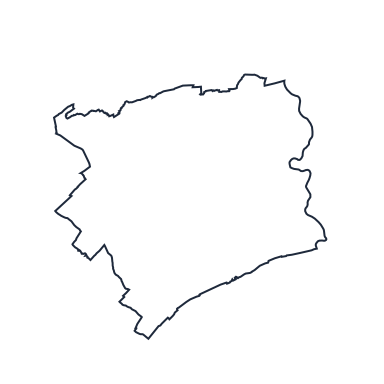 outline of Maciuca, Vâlcea, Romania, rotated 160°
{"feature_id": "2599482B93962739610645", "entity_name": "Maciuca", "entity_type": "district", "adm_level": 2, "iso_a3": "ROU", "parent_name": "Romania", "parent_adm1": "Vâlcea", "projection": "orthographic", "projection_center": [24.058, 44.753], "detail": "fine", "context": "isolated", "style": "outline", "palette": "slate", "viewbox_px": 384, "rotation_deg": 160, "n_neighbors": 0, "source": "geoboundaries", "source_scale": "gbopen_adm2", "svg_char_len": 5957}
<svg xmlns="http://www.w3.org/2000/svg" viewBox="0 0 384 384"><g transform="rotate(160 192 192)"><path d="M273.5,314.9L275.1,315.0L277.5,314.5L279.2,314.5L284.0,312.8L287.3,311.2L290.5,310.8L291.6,310.1L292.9,310.0L296.2,309.1L297.5,299.8L298.0,299.7L298.4,296.8L298.7,295.2L299.2,294.4L298.9,293.8L299.1,293.4L299.6,293.2L296.4,290.2L286.7,275.7L281.6,270.9L280.4,269.3L280.1,268.2L278.8,254.9L278.8,253.3L279.2,250.7L285.8,248.7L290.1,247.8L289.6,247.5L289.2,246.8L288.5,245.3L288.6,244.9L288.2,244.4L288.3,242.1L287.9,241.7L287.9,241.2L287.6,240.4L294.7,237.5L296.5,236.5L297.6,236.1L297.6,235.7L299.8,234.7L300.6,234.6L301.6,234.2L307.9,230.7L307.4,230.0L306.7,229.4L327.0,220.9L326.5,219.5L325.2,217.2L323.7,215.3L323.1,214.4L320.4,211.6L319.4,210.8L317.9,210.0L317.2,208.7L315.3,205.7L314.0,201.2L312.7,198.6L310.4,195.3L310.3,194.0L309.9,193.0L316.5,187.9L317.2,186.9L317.6,186.5L319.7,185.5L322.2,183.8L322.1,182.9L321.0,180.5L320.5,179.6L319.8,178.9L318.4,176.7L318.9,176.3L319.0,175.7L318.7,175.6L318.2,176.1L317.9,176.1L317.6,175.7L317.9,175.5L317.9,175.2L317.1,174.8L316.7,172.6L316.8,171.9L316.6,171.6L316.3,171.8L315.9,171.7L315.2,171.0L314.9,170.9L314.1,171.1L313.4,170.9L313.1,170.4L312.8,169.5L314.0,168.6L313.3,168.5L312.7,167.8L312.3,166.9L312.8,166.2L311.7,165.0L310.7,162.8L305.5,165.6L304.4,165.9L302.7,167.0L299.0,168.4L292.5,172.2L292.3,171.0L291.7,163.3L289.9,160.3L289.6,159.5L289.6,158.8L289.7,157.5L290.7,153.7L290.8,152.7L291.7,150.0L292.0,147.7L292.4,146.9L292.3,145.0L292.5,143.7L292.5,142.2L291.9,140.4L290.2,138.4L289.7,137.0L288.4,134.4L288.6,132.2L288.4,131.3L288.3,128.2L287.7,124.5L287.2,123.7L285.4,122.7L284.5,121.7L288.5,119.6L292.3,118.0L291.6,116.5L297.7,113.7L297.2,112.6L296.2,111.0L296.0,110.1L295.6,109.6L294.8,108.9L293.0,107.9L292.4,106.9L291.2,105.6L289.3,104.2L288.6,102.4L285.8,99.4L284.2,95.2L282.0,91.9L282.0,91.6L282.7,91.0L288.4,86.8L291.4,83.6L291.6,83.4L291.4,83.3L290.9,83.2L291.0,82.7L292.2,82.1L293.4,81.2L292.5,79.4L289.9,76.7L289.0,76.0L287.2,75.3L286.6,74.8L283.2,69.0L269.3,77.4L267.4,77.4L265.5,78.6L257.7,82.2L257.2,81.5L256.8,80.1L252.5,82.1L250.6,83.2L249.9,84.1L249.1,84.7L246.0,85.8L246.2,87.0L246.1,87.3L245.1,87.8L243.9,87.9L235.0,90.6L230.3,91.7L223.5,92.1L220.7,91.9L220.1,92.2L220.1,93.0L219.5,93.2L196.9,95.2L190.5,95.1L190.3,94.9L190.4,93.9L188.8,93.9L187.2,94.1L186.7,94.7L185.4,94.7L184.0,96.1L183.6,94.7L180.9,95.0L181.2,96.7L180.1,97.2L179.8,96.6L179.4,97.1L179.1,96.9L178.9,96.5L178.6,95.5L178.4,95.3L176.9,95.8L175.4,95.7L171.1,96.8L169.4,97.0L165.2,96.1L163.4,96.3L163.2,96.6L159.9,97.2L153.5,99.5L147.7,99.9L144.6,99.6L143.6,101.1L136.8,101.4L129.9,101.0L129.9,100.4L125.5,99.6L124.7,100.0L119.7,98.9L110.9,97.7L99.5,96.3L96.9,96.5L94.1,96.1L94.0,99.2L93.8,100.0L93.4,100.7L92.8,101.3L91.0,102.4L90.3,102.7L88.8,102.7L86.3,101.9L84.6,101.0L83.7,100.8L82.4,101.1L81.9,101.7L81.8,102.6L82.4,104.4L82.4,105.5L81.3,110.2L81.1,111.5L81.2,112.6L82.1,117.1L83.3,120.3L85.7,125.0L87.8,127.8L90.9,130.7L91.9,132.4L92.2,135.2L91.7,136.7L91.0,137.7L88.8,139.1L88.3,139.6L87.5,140.9L87.0,142.6L86.0,144.1L82.5,146.7L81.6,149.3L81.7,150.1L83.1,157.3L82.9,158.5L80.4,161.3L78.3,163.2L76.8,164.9L75.2,167.1L74.2,169.1L74.3,171.3L74.8,172.4L75.5,173.1L76.2,173.4L77.9,173.7L78.8,173.6L80.8,173.7L82.4,174.4L84.0,176.6L88.2,178.8L90.0,180.3L91.1,181.5L91.0,182.7L90.7,185.0L90.4,186.1L90.0,186.8L88.0,188.2L86.4,188.8L85.0,188.8L83.8,188.4L81.9,186.9L81.4,186.0L80.2,185.4L79.5,185.4L77.8,186.2L75.8,188.0L74.3,191.3L73.0,193.1L71.6,194.2L70.0,194.5L65.9,196.7L65.4,197.7L65.0,198.8L63.2,200.9L60.9,202.3L60.1,203.0L59.3,204.4L58.2,207.3L57.0,212.0L57.2,215.6L58.6,221.1L59.1,221.9L60.7,223.4L61.5,224.4L62.1,225.4L63.2,228.2L63.6,231.5L62.9,233.7L59.6,239.8L59.2,240.7L58.9,243.4L59.1,244.3L59.9,245.8L62.0,247.2L64.6,249.6L65.5,251.0L67.7,255.8L68.3,259.1L68.2,262.1L67.6,264.1L67.1,265.0L77.0,265.8L87.4,267.0L86.7,269.5L83.7,273.5L84.9,273.7L85.6,274.6L86.7,274.7L86.9,275.3L87.4,275.6L88.7,275.9L90.8,278.9L93.2,280.9L94.5,281.2L101.9,284.2L102.9,284.2L104.1,283.1L106.1,282.2L106.9,281.0L107.9,280.7L110.9,278.9L111.9,277.7L113.1,276.9L114.0,275.2L114.3,274.4L116.0,274.3L118.2,274.7L122.0,276.0L122.0,274.5L122.2,274.2L122.6,274.0L124.3,274.6L125.0,274.6L128.6,276.0L129.2,276.1L129.9,275.9L132.2,276.8L131.7,278.4L133.4,278.8L133.6,279.4L135.5,279.5L136.3,279.4L136.7,279.9L137.0,280.1L138.0,279.7L138.2,280.0L138.0,280.3L138.5,281.0L138.8,281.1L144.5,282.2L144.8,281.8L146.3,281.8L146.9,280.6L147.5,280.6L148.1,279.9L150.8,280.6L151.0,281.0L149.9,281.4L149.4,282.0L147.6,287.9L150.1,288.5L155.5,290.2L154.2,291.8L157.2,292.9L164.2,295.1L172.9,295.1L173.8,294.7L184.0,296.3L184.8,296.3L188.1,295.8L188.9,296.1L190.0,295.7L191.7,295.6L192.3,295.3L192.6,294.9L193.5,294.5L195.4,294.1L196.4,294.3L197.0,294.1L196.7,295.0L197.7,295.5L198.7,296.6L200.2,296.4L201.4,296.7L201.5,296.6L201.4,296.2L201.7,296.0L202.7,296.3L203.9,296.2L208.3,296.3L209.2,296.1L209.9,296.5L212.2,297.0L213.7,296.8L217.8,296.8L218.8,297.3L220.7,297.7L221.1,298.4L222.3,299.6L223.9,299.4L225.7,297.3L226.7,297.1L226.9,296.4L229.8,295.2L229.7,294.8L230.6,294.5L231.2,293.3L232.4,293.1L232.2,292.8L232.4,292.4L233.6,291.7L233.0,291.4L233.1,291.0L233.5,290.5L239.7,289.1L239.8,290.5L239.5,291.7L243.2,291.4L243.9,291.5L243.8,292.2L244.2,293.1L244.2,293.6L244.4,293.8L244.9,293.6L244.8,294.2L245.0,295.0L245.8,294.9L246.0,295.7L246.2,296.1L247.1,296.1L247.8,297.0L247.8,298.0L248.2,298.3L248.7,299.4L251.0,299.2L251.5,301.3L252.3,301.3L254.7,300.7L256.1,301.6L256.8,301.8L257.3,302.4L258.7,302.5L258.8,302.8L261.9,302.0L262.1,301.4L263.1,301.1L267.0,300.3L268.9,302.8L270.6,303.8L271.1,303.7L272.3,304.1L273.0,304.8L275.4,304.3L276.3,304.4L276.7,304.8L277.7,304.4L279.0,304.7L280.7,304.1L283.9,303.6L284.6,304.4L284.7,306.2L284.6,306.7L283.6,307.1L283.5,307.5L283.8,307.8L283.8,308.1L281.5,309.0L279.4,309.2L274.4,310.7L274.7,311.3L274.8,312.2L273.5,314.9Z" fill="none" stroke="#1e293b" stroke-width="2"/></g></svg>